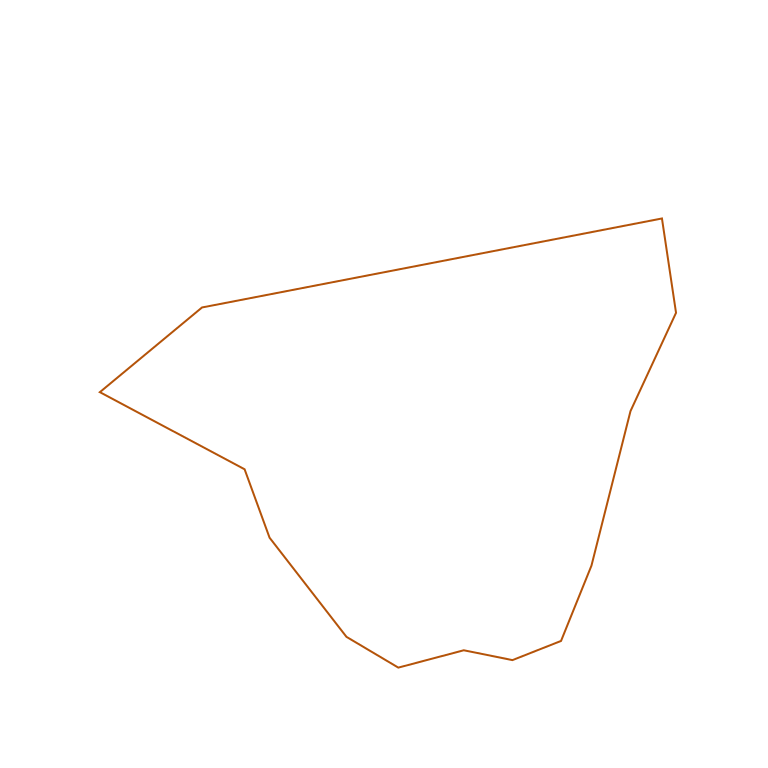 Dingli, Robinson projection, rotated 112°
{"feature_id": "MLT-5947", "entity_name": "Dingli", "entity_type": "state/province", "adm_level": 1, "iso_a3": "MLT", "parent_name": "Malta", "parent_adm1": "", "projection": "robinson", "projection_center": [14.387, 35.854], "detail": "fine", "context": "isolated", "style": "outline", "palette": "amber", "viewbox_px": 768, "rotation_deg": 112, "n_neighbors": 0, "source": "natural_earth", "source_scale": "10m", "svg_char_len": 334}
<svg xmlns="http://www.w3.org/2000/svg" viewBox="0 0 768 768"><g transform="rotate(112 384 384)"><path d="M498.0,644.4L381.2,581.4L126.4,188.3L208.6,139.9L316.8,145.3L474.7,123.6L555.9,123.6L591.9,161.5L601.0,210.3L641.6,264.5L632.5,324.1L569.4,432.5L515.3,481.3L498.0,644.4Z" fill="none" stroke="#b45309" stroke-width="2"/></g></svg>